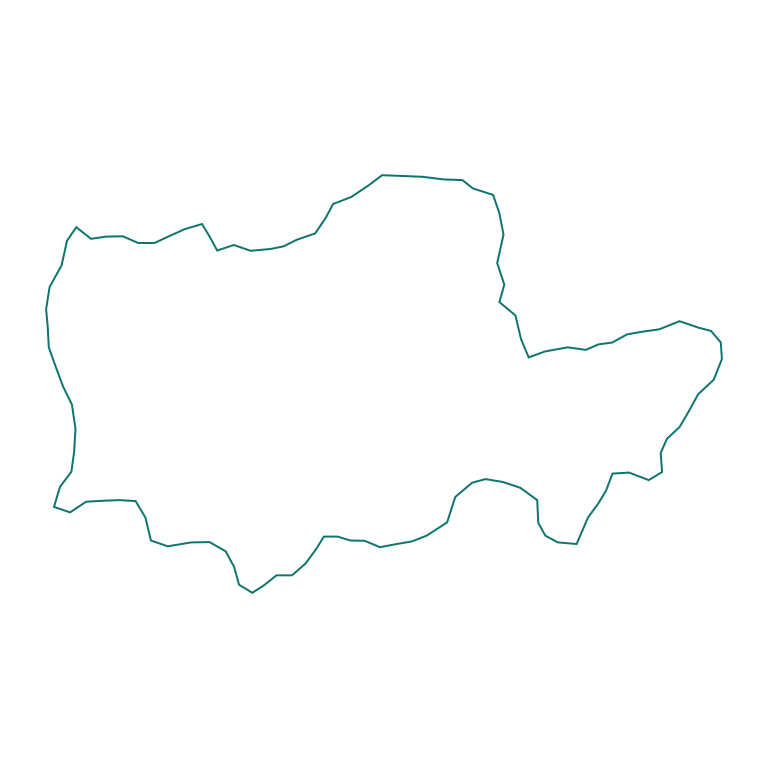 the district of Cajuri, Minas Gerais, Brazil
{"feature_id": "56859067B26738784286925", "entity_name": "Cajuri", "entity_type": "district", "adm_level": 2, "iso_a3": "BRA", "parent_name": "Brazil", "parent_adm1": "Minas Gerais", "projection": "natural_earth1", "projection_center": [-42.758, -20.786], "detail": "fine", "context": "isolated", "style": "outline", "palette": "teal", "viewbox_px": 768, "rotation_deg": 0, "n_neighbors": 0, "source": "geoboundaries", "source_scale": "gbopen_adm2", "svg_char_len": 1489}
<svg xmlns="http://www.w3.org/2000/svg" viewBox="0 0 768 768"><path d="M576.6,544.0L588.0,517.5L598.4,503.3L606.0,490.7L612.5,473.6L629.1,472.6L648.7,480.1L662.1,472.0L660.7,452.9L667.0,438.7L679.5,427.1L687.9,412.9L698.2,394.2L713.8,379.6L721.9,359.0L720.8,342.5L711.0,330.9L698.3,327.6L679.5,321.2L659.3,329.3L641.7,331.8L627.0,334.4L612.3,342.5L598.4,344.4L585.9,349.9L567.7,347.3L544.8,351.5L528.7,357.4L521.1,339.3L515.4,315.4L499.4,302.1L504.3,284.7L497.2,263.1L503.5,234.6L499.4,213.3L493.1,194.9L473.0,188.5L462.4,180.1L443.6,179.4L422.4,176.8L400.9,175.9L382.1,175.2L368.8,185.2L351.4,196.9L333.1,204.0L325.5,218.2L315.2,233.4L296.7,239.8L283.6,246.3L271.1,248.9L250.7,250.8L233.8,245.0L217.2,250.5L209.6,236.6L202.0,224.0L184.6,229.2L168.2,236.6L154.4,243.0L138.3,243.0L122.8,236.3L106.2,236.6L91.0,238.8L76.3,227.2L67.0,240.8L61.6,265.3L49.6,287.0L46.1,309.2L47.7,326.7L48.8,347.3L55.1,365.1L63.0,386.4L71.9,404.5L75.5,428.7L74.1,452.0L71.4,471.7L60.0,486.9L54.0,506.9L70.0,512.4L86.1,501.7L104.1,500.7L119.6,500.1L135.6,501.1L145.4,517.5L150.9,540.5L167.7,546.3L191.4,542.4L209.6,542.1L225.7,551.4L234.1,566.9L239.0,584.7L252.3,592.8L264.0,585.3L276.5,575.3L292.0,575.3L305.4,563.7L316.3,548.9L323.9,536.6L337.5,536.6L350.5,540.5L364.7,540.8L379.9,547.2L396.8,544.0L412.0,541.4L426.7,535.6L447.1,522.4L455.3,496.9L472.2,482.7L485.5,479.1L502.9,482.0L520.3,487.8L537.2,500.1L538.3,523.0L545.3,535.6L557.8,542.4L576.6,544.0Z" fill="none" stroke="#0f766e" stroke-width="2"/></svg>